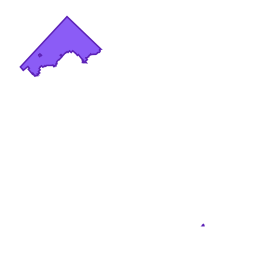 the district of Unincorporated NSW, New South Wales, Australia, rotated 46°
{"feature_id": "25037944B59579883363479", "entity_name": "Unincorporated NSW", "entity_type": "district", "adm_level": 2, "iso_a3": "AUS", "parent_name": "Australia", "parent_adm1": "New South Wales", "projection": "orthographic", "projection_center": [147.013, -31.429], "detail": "fine", "context": "isolated", "style": "filled", "palette": "violet", "viewbox_px": 256, "rotation_deg": 46, "n_neighbors": 0, "source": "geoboundaries", "source_scale": "gbopen_adm2", "svg_char_len": 3299}
<svg xmlns="http://www.w3.org/2000/svg" viewBox="0 0 256 256"><g transform="rotate(46 128 128)"><path d="M52.4,92.7L5.5,94.5L9.3,163.0L12.7,163.2L12.7,162.9L13.3,162.9L13.3,163.3L13.8,163.3L14.2,157.3L16.5,157.5L16.4,158.9L22.8,159.3L22.5,158.4L23.6,158.5L23.6,158.8L24.5,158.8L25.2,158.9L25.2,159.0L25.5,159.0L25.5,158.8L25.8,158.9L25.9,158.7L25.9,158.8L26.1,158.8L26.1,158.6L26.1,158.4L26.0,158.2L26.3,158.0L26.3,157.8L26.3,157.7L26.5,157.7L26.8,157.5L26.8,157.4L27.0,157.3L27.0,157.2L27.2,156.9L27.1,156.7L27.0,156.3L26.9,156.2L27.0,156.2L26.9,156.1L26.9,155.9L27.0,155.8L27.1,155.7L26.9,155.7L26.9,155.8L26.9,155.6L27.0,155.6L26.9,155.6L27.0,155.5L27.1,155.4L26.9,155.3L26.9,155.2L26.7,155.2L26.8,155.1L27.0,154.9L26.9,154.8L26.9,154.7L26.9,154.4L26.7,154.2L26.7,154.3L26.6,154.2L26.9,153.9L27.0,153.7L26.9,153.6L27.0,153.5L27.1,153.4L27.1,153.2L25.1,153.1L25.2,151.7L25.2,150.8L23.6,150.7L23.4,150.0L23.2,149.6L23.3,149.5L23.3,149.4L23.2,149.1L23.3,148.8L23.0,148.6L23.1,147.8L23.2,147.0L24.8,147.1L25.1,147.0L25.0,146.7L24.9,146.7L25.0,146.7L25.1,146.4L25.2,146.2L25.2,145.8L25.3,145.6L25.6,145.5L25.5,144.5L26.2,144.6L26.5,144.4L26.5,143.0L28.4,141.1L30.6,138.8L30.4,138.6L31.0,138.1L31.3,138.0L31.6,138.3L31.8,138.3L31.8,138.5L32.2,138.8L32.8,138.0L32.3,137.6L32.8,136.9L33.2,136.6L32.2,135.6L32.3,135.1L32.1,135.1L31.7,134.8L31.9,134.5L32.2,134.3L30.8,133.2L30.7,130.4L31.1,130.3L30.9,126.1L28.6,126.2L28.6,125.2L30.7,125.1L30.5,121.9L30.5,120.5L30.8,120.5L30.8,118.8L32.0,118.7L31.9,116.5L34.2,116.4L34.1,114.1L37.8,113.9L37.8,113.7L40.6,114.0L40.7,112.7L46.7,113.3L46.7,113.1L48.0,113.1L47.9,113.6L47.8,113.8L49.0,113.9L48.7,114.7L48.8,114.8L49.2,115.3L49.6,115.0L49.6,114.9L50.2,114.5L50.0,114.3L52.1,112.6L50.3,112.4L50.6,109.8L48.3,109.6L48.2,109.5L48.3,109.4L48.5,109.3L48.7,109.1L48.8,108.9L49.0,108.8L49.1,108.6L49.1,108.4L49.1,108.2L49.1,107.9L49.1,107.7L49.1,107.4L49.2,107.1L49.3,107.0L49.2,106.9L49.3,106.8L49.2,106.7L49.2,106.4L49.1,106.2L49.0,105.9L48.9,105.8L48.8,105.7L48.9,105.3L49.0,105.3L49.0,105.2L49.2,104.7L49.0,104.4L49.2,104.1L49.2,103.8L49.1,103.7L49.5,103.7L49.8,103.3L49.9,103.2L49.9,102.9L50.0,102.9L50.3,102.7L50.4,102.4L50.5,102.2L50.9,101.8L51.0,101.8L51.2,101.5L51.2,101.4L51.3,101.4L51.5,101.2L51.6,100.9L51.8,100.8L52.0,100.7L52.3,100.4L52.3,100.2L52.5,100.0L52.5,99.9L52.6,99.7L52.8,99.5L52.8,99.3L52.8,99.1L52.9,98.8L52.9,98.5L52.9,98.4L52.8,98.2L52.7,98.1L52.6,97.7L52.8,97.3L52.8,97.2L53.0,97.1L53.2,96.9L53.3,96.7L53.2,96.7L53.3,96.5L53.4,96.4L53.5,96.3L53.4,96.2L53.5,95.8L53.5,95.7L53.6,95.3L53.6,95.2L53.4,94.8L53.2,94.6L53.1,94.4L52.8,94.4L52.7,94.4L52.4,94.5L52.1,94.4L51.9,94.1L51.9,93.8L52.0,93.5L52.0,93.4L52.0,93.2L52.2,92.9L52.3,92.8L52.4,92.7ZM13.5,140.7L13.5,139.9L15.4,139.7L15.5,139.7L15.4,140.0L15.5,140.1L15.3,140.2L15.3,140.4L15.2,140.7L15.3,141.6L14.5,141.7L14.5,141.8L14.4,141.8L14.5,141.9L14.4,141.9L14.2,141.8L14.2,141.7L13.5,141.7L13.3,141.4L13.5,141.2L13.5,140.7ZM250.0,141.1L250.2,141.4L250.1,141.5L250.1,141.8L250.0,142.0L249.9,142.1L250.0,142.2L250.0,142.3L250.1,142.2L250.3,142.0L250.3,141.9L250.5,141.8L250.5,141.7L250.4,141.8L250.5,141.7L250.4,141.7L250.2,141.4L250.2,141.2L250.1,140.9L249.8,140.9L249.7,140.9L249.7,141.0L249.8,141.0L250.0,141.1L250.0,141.1Z" fill="#8b5cf6" stroke="#5b21b6" stroke-width="1.5"/></g></svg>